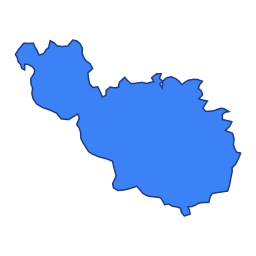 Iperó, São Paulo, Brazil
{"feature_id": "56859067B7713845214146", "entity_name": "Iperó", "entity_type": "district", "adm_level": 2, "iso_a3": "BRA", "parent_name": "Brazil", "parent_adm1": "São Paulo", "projection": "albers", "projection_center": [-47.636, -23.405], "detail": "fine", "context": "isolated", "style": "filled", "palette": "blue", "viewbox_px": 256, "rotation_deg": 0, "n_neighbors": 0, "source": "geoboundaries", "source_scale": "gbopen_adm2", "svg_char_len": 2092}
<svg xmlns="http://www.w3.org/2000/svg" viewBox="0 0 256 256"><path d="M208.8,202.4L210.0,197.3L212.2,193.4L227.7,191.0L229.5,185.0L230.9,177.6L232.2,171.5L232.1,167.9L235.5,164.3L238.5,158.5L240.6,153.1L236.6,152.2L234.8,149.0L233.4,144.8L234.1,138.7L232.5,133.2L228.4,131.7L225.3,130.5L229.6,126.4L231.9,121.7L227.5,120.7L222.5,119.5L222.2,114.7L225.2,112.2L228.9,111.6L223.9,108.6L220.7,108.3L217.3,109.4L214.4,110.6L210.4,111.2L205.7,111.4L202.8,108.1L205.1,104.6L207.4,101.0L203.0,100.1L198.8,98.9L202.6,94.7L201.3,90.8L198.4,88.5L199.5,84.8L202.4,81.3L197.5,79.5L193.9,79.3L188.5,80.2L185.1,82.0L181.9,84.8L179.3,81.5L175.7,78.6L171.1,76.7L166.3,78.0L162.9,81.1L159.4,78.5L161.2,73.7L156.6,73.8L151.6,77.7L153.8,81.8L150.3,82.4L146.9,83.5L142.2,82.4L135.3,83.3L131.1,83.7L127.5,80.6L124.7,77.3L119.4,82.2L118.3,87.3L114.3,87.9L110.2,87.0L106.1,90.5L105.9,95.4L102.4,96.9L101.1,93.8L99.4,90.3L97.7,86.8L92.9,87.5L89.8,84.1L88.5,78.9L87.9,72.9L92.7,68.5L90.0,63.7L85.8,60.6L83.9,57.8L82.1,53.2L82.4,48.4L79.9,43.5L76.8,40.9L72.8,40.0L70.5,42.7L67.7,46.1L62.3,46.5L57.2,46.0L54.1,42.8L50.2,40.7L48.6,47.6L45.9,49.8L43.8,53.6L39.1,55.1L37.3,51.1L34.8,46.7L33.3,43.2L28.7,43.4L23.8,43.2L18.4,49.8L15.4,54.4L17.3,57.8L18.1,61.5L20.7,64.6L21.9,68.5L24.7,69.9L24.7,64.1L28.5,64.5L32.6,67.0L34.7,69.6L34.3,73.1L30.9,78.4L30.9,83.7L32.6,88.1L31.9,93.8L33.1,98.7L36.6,103.9L42.9,107.7L45.9,108.6L51.0,110.5L56.5,113.1L61.2,118.9L68.5,119.6L72.1,117.5L77.9,114.0L79.4,118.1L76.7,124.6L79.2,127.9L80.6,132.5L80.9,138.4L83.2,143.1L85.7,147.0L88.7,151.7L92.9,154.3L98.7,156.7L103.4,158.0L107.7,159.2L112.6,161.3L113.7,166.6L115.4,172.8L116.1,176.2L112.6,183.7L113.5,187.9L118.1,190.5L122.7,190.1L127.3,189.3L132.6,187.7L136.8,186.2L140.3,190.2L143.0,193.4L145.9,195.2L149.2,196.3L154.9,196.9L160.6,197.7L162.9,201.3L164.9,204.8L168.3,203.8L172.5,206.2L177.5,207.1L180.7,208.3L181.2,212.0L184.3,216.0L190.1,214.1L189.3,209.8L187.8,206.8L191.7,206.6L195.6,205.0L198.3,203.3L202.4,202.6L208.8,202.4ZM162.9,81.1L162.2,87.9L159.7,83.9L162.9,81.1Z" fill="#3b82f6" stroke="#1e3a8a" stroke-width="1.5"/></svg>